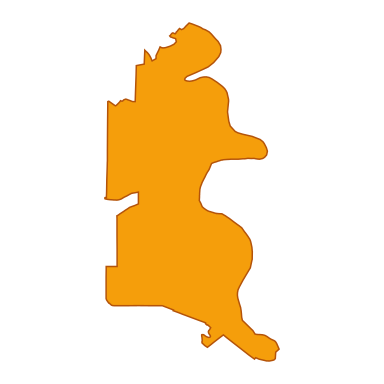 the district of Nanesti, Vrancea, Romania
{"feature_id": "2599482B9784868122907", "entity_name": "Nanesti", "entity_type": "district", "adm_level": 2, "iso_a3": "ROU", "parent_name": "Romania", "parent_adm1": "Vrancea", "projection": "equal_earth", "projection_center": [27.499, 45.566], "detail": "fine", "context": "isolated", "style": "filled", "palette": "amber", "viewbox_px": 384, "rotation_deg": 0, "n_neighbors": 0, "source": "geoboundaries", "source_scale": "gbopen_adm2", "svg_char_len": 5884}
<svg xmlns="http://www.w3.org/2000/svg" viewBox="0 0 384 384"><path d="M259.2,359.2L264.4,360.4L266.4,360.9L269.4,361.0L272.4,360.4L273.8,360.0L274.4,359.6L275.3,358.6L275.4,357.1L275.7,352.2L279.1,349.1L276.6,343.4L275.5,341.7L275.0,341.2L273.9,340.5L271.0,339.2L269.5,338.3L267.1,336.6L265.9,335.9L264.9,335.4L263.9,335.1L262.5,334.8L260.4,334.6L257.5,334.5L256.0,334.3L255.0,334.0L252.8,330.5L251.4,329.2L244.2,322.1L242.4,320.4L241.7,317.3L241.4,313.4L241.1,310.7L240.6,307.5L239.6,304.4L237.8,298.2L237.4,295.2L237.5,292.6L238.0,289.9L239.3,287.0L243.0,280.1L248.9,270.2L250.3,267.9L251.9,260.4L252.2,259.3L252.3,251.7L252.3,251.4L252.2,250.7L252.1,250.2L252.1,249.3L252.0,248.5L251.9,247.3L251.1,243.5L250.8,242.2L250.5,241.1L250.4,240.7L250.2,240.3L249.8,239.3L247.8,236.2L246.4,234.2L244.3,231.5L241.9,228.0L241.6,227.7L241.4,227.5L239.9,226.4L239.2,225.8L236.9,224.2L236.0,223.5L235.3,223.0L233.4,221.6L230.3,219.2L229.1,218.3L228.0,217.6L227.1,217.0L225.4,215.8L224.5,215.3L222.9,214.4L222.7,214.2L222.4,214.1L221.9,213.8L219.8,213.7L218.0,213.6L217.0,213.5L216.6,213.5L216.6,213.4L216.4,213.4L214.8,213.1L213.1,212.5L211.9,212.2L210.4,211.7L209.2,211.4L208.4,211.1L207.0,210.4L205.9,209.7L204.5,208.7L203.7,208.1L202.6,207.1L202.3,206.8L202.1,206.5L200.8,203.3L199.3,200.5L199.5,197.2L199.5,195.3L199.6,194.5L199.6,193.3L199.9,189.2L200.5,186.7L201.8,183.4L201.9,182.9L204.3,178.1L204.7,177.5L204.8,177.2L206.2,174.3L206.7,173.4L207.3,172.3L208.7,170.2L209.1,169.5L211.5,163.6L211.7,163.4L212.0,163.3L212.2,163.2L214.1,162.4L216.6,161.7L218.1,161.1L219.3,160.8L221.0,160.2L222.3,159.9L222.4,160.0L223.1,159.8L223.7,159.7L224.9,159.6L226.2,159.5L227.9,159.4L229.9,159.3L230.6,159.2L233.9,159.2L234.7,159.2L236.8,159.2L238.2,159.2L242.8,158.8L243.6,158.8L244.4,158.8L245.5,158.7L247.9,158.3L251.2,158.5L254.1,158.4L255.5,158.7L257.4,159.0L259.5,159.2L262.7,158.5L264.6,157.3L266.6,155.0L266.9,153.6L267.4,151.2L266.4,147.8L265.3,145.6L264.2,143.5L262.9,141.7L260.1,139.5L252.2,136.4L243.0,134.3L237.8,132.8L235.1,131.4L230.2,126.0L228.8,121.3L227.5,111.9L228.6,101.1L228.5,99.2L227.5,94.8L227.1,92.9L226.2,91.0L224.7,88.7L222.5,86.5L217.2,82.4L211.9,78.9L209.2,77.5L206.3,76.9L203.5,77.0L200.2,77.7L195.5,80.0L192.2,80.9L189.5,81.3L186.7,80.9L185.1,80.3L184.7,79.2L185.1,78.2L187.0,76.4L195.9,72.6L208.2,66.9L213.6,62.6L218.8,56.6L220.7,52.6L221.0,49.6L220.5,45.6L218.1,41.5L215.5,38.8L211.3,34.0L209.1,31.9L205.4,29.8L202.9,28.9L200.8,27.5L198.4,26.4L192.2,24.0L189.1,23.0L185.9,26.1L185.3,26.9L184.9,27.2L183.8,28.5L183.4,28.7L182.9,29.0L182.2,29.3L181.6,29.6L181.1,29.4L180.5,29.0L179.8,28.7L179.5,28.5L178.3,29.8L177.4,31.0L176.7,31.8L176.4,31.9L175.6,33.5L175.2,33.8L174.6,33.6L173.9,33.3L173.2,33.0L172.9,32.9L172.6,33.0L172.3,33.1L171.9,33.4L171.5,33.8L170.3,35.4L169.7,35.9L170.4,36.8L170.6,37.0L171.4,37.2L172.2,37.5L173.1,37.9L174.2,38.2L175.6,38.6L176.3,41.7L175.6,42.6L174.9,43.2L174.1,44.2L173.6,44.4L172.9,44.8L172.1,45.2L170.3,46.1L168.5,46.7L166.0,47.5L165.1,47.7L164.3,47.8L163.5,47.9L162.6,47.8L162.2,47.9L161.7,47.7L160.1,46.9L158.7,50.2L156.4,54.9L156.1,55.5L156.0,58.7L152.1,60.9L151.7,60.1L151.2,58.8L150.9,58.0L150.5,57.2L150.1,56.5L149.4,55.2L149.1,54.8L148.6,54.1L148.0,53.4L147.4,52.6L146.2,51.6L145.3,50.7L144.8,50.2L144.2,64.1L136.3,65.6L136.1,74.8L135.5,91.8L135.2,101.6L132.8,101.6L132.3,101.5L129.8,100.5L127.8,99.8L127.1,99.5L125.8,99.1L124.9,99.4L123.9,99.8L123.6,100.0L123.1,100.6L122.8,100.8L122.4,101.1L122.1,101.2L121.7,101.1L121.0,100.9L120.5,100.7L120.2,101.3L119.7,101.9L119.0,102.7L117.8,103.9L116.9,104.8L116.2,105.4L115.8,105.7L115.3,105.8L108.8,101.2L107.8,101.6L107.7,111.9L107.6,120.6L107.6,121.3L107.5,133.9L107.4,151.6L107.4,159.9L107.4,160.9L107.3,162.6L107.2,167.4L106.8,179.8L106.6,191.6L106.5,194.7L106.4,196.7L106.4,197.5L106.0,197.5L105.5,197.5L105.0,197.6L104.9,197.8L104.9,198.7L105.2,198.9L105.7,199.0L106.2,199.1L107.6,199.4L108.5,199.5L110.1,199.7L112.1,199.8L113.9,200.0L115.3,200.0L116.4,200.1L117.7,200.0L118.8,199.8L120.1,199.4L121.4,198.9L122.8,198.0L123.7,197.5L124.3,197.1L125.4,196.6L126.9,195.9L127.6,195.5L129.0,194.7L130.5,193.9L131.5,193.4L132.8,193.1L133.5,193.0L135.4,192.7L136.4,192.5L137.3,192.3L138.4,192.1L138.4,203.9L134.8,205.5L133.1,206.1L132.2,206.4L130.9,206.9L130.0,207.2L129.5,207.5L129.2,207.6L128.8,208.0L127.3,209.0L125.2,210.3L124.0,211.2L121.4,212.9L120.1,213.7L119.5,214.2L117.6,215.5L117.2,215.7L116.9,215.8L117.0,218.7L117.0,236.0L117.1,249.3L117.1,266.5L108.8,266.5L106.2,266.5L106.2,270.1L106.1,277.3L106.1,280.0L106.1,290.2L106.1,296.1L106.1,298.5L106.5,299.8L106.7,300.1L107.6,301.5L108.2,302.3L108.9,303.2L109.4,303.2L110.0,303.9L110.8,304.6L111.6,305.2L112.2,305.4L112.8,305.6L114.4,305.7L115.5,305.7L116.7,305.7L120.8,305.7L124.4,305.7L125.6,305.7L127.7,305.7L138.6,305.6L149.6,305.7L161.8,305.7L162.1,305.7L162.6,305.8L173.5,310.0L173.2,310.7L174.1,311.0L176.5,311.9L179.5,313.0L182.7,314.3L185.7,315.4L188.9,316.6L192.1,317.8L199.9,320.7L205.1,322.6L205.6,322.8L205.7,323.0L205.5,323.6L205.9,324.0L206.1,324.3L206.5,324.5L206.8,324.7L207.1,325.1L207.4,325.0L207.6,324.9L207.8,325.1L208.1,325.2L210.2,327.2L210.7,327.7L210.3,328.4L209.8,329.2L209.6,329.6L209.0,330.3L208.7,330.7L208.5,331.1L208.4,331.5L208.4,332.0L208.5,332.5L208.6,333.0L208.9,333.5L209.5,334.6L209.8,334.9L210.1,335.3L210.3,335.7L210.4,336.0L210.4,336.6L210.3,336.8L210.0,337.1L209.6,337.3L209.0,337.4L208.5,337.4L207.9,337.3L207.3,337.0L206.3,336.6L205.2,335.9L204.6,335.4L204.3,335.2L203.9,334.9L203.5,334.7L203.0,334.6L202.4,334.6L202.0,334.6L201.7,334.8L201.7,335.3L201.7,336.0L201.9,337.0L202.0,337.6L202.1,339.0L202.2,339.9L202.2,340.5L202.2,341.0L202.0,341.3L202.0,342.9L204.7,345.5L206.5,346.7L207.4,347.3L210.8,344.7L214.0,342.1L219.8,337.6L223.4,334.9L226.5,337.5L233.0,342.6L240.7,348.6L248.6,354.8L254.5,359.1L255.7,357.7L259.2,359.2Z" fill="#f59e0b" stroke="#b45309" stroke-width="1.5"/></svg>